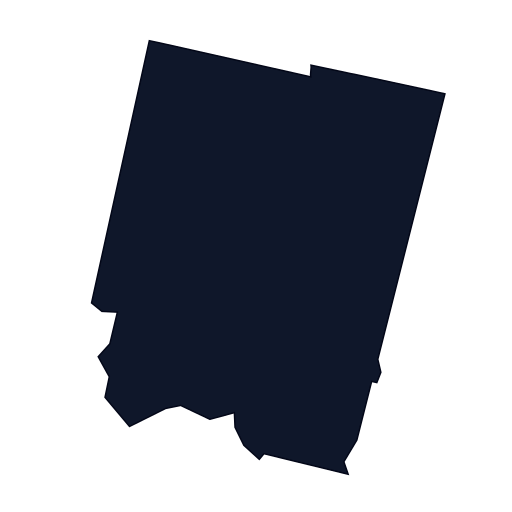 the district of Hardin, Tennessee, United States of America, rotated 192°
{"feature_id": "52423323B14964085031587", "entity_name": "Hardin", "entity_type": "district", "adm_level": 2, "iso_a3": "USA", "parent_name": "United States of America", "parent_adm1": "Tennessee", "projection": "orthographic", "projection_center": [-88.189, 35.209], "detail": "fine", "context": "isolated", "style": "filled", "palette": "ink", "viewbox_px": 512, "rotation_deg": 192, "n_neighbors": 0, "source": "geoboundaries", "source_scale": "gbopen_adm2", "svg_char_len": 566}
<svg xmlns="http://www.w3.org/2000/svg" viewBox="0 0 512 512"><g transform="rotate(192 256 256)"><path d="M241.9,454.1L241.3,452.1L240.4,445.0L239.7,442.6L393.7,444.4L405.1,444.4L407.1,175.9L395.2,169.8L379.9,172.3L380.7,139.7L389.4,124.7L374.4,107.4L374.3,86.4L344.3,63.0L312.7,88.1L298.6,94.2L267.2,86.7L244.6,98.3L240.9,84.1L228.5,68.3L210.5,57.8L207.1,64.3L120.5,61.7L127.3,73.0L119.1,96.9L116.8,157.4L111.5,157.3L109.7,168.2L115.4,180.3L104.9,453.9L117.8,454.0L197.8,454.2L201.0,454.1L241.9,454.1Z" fill="#0f172a" stroke="#020617" stroke-width="1.5"/></g></svg>